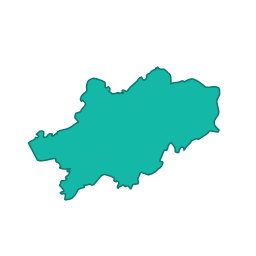 outline of Central Finland, rotated 71°
{"feature_id": "FIN-3177", "entity_name": "Central Finland", "entity_type": "Province", "adm_level": 1, "iso_a3": "FIN", "parent_name": "Finland", "parent_adm1": "", "projection": "mercator", "projection_center": [25.479, 62.526], "detail": "fine", "context": "isolated", "style": "filled", "palette": "teal", "viewbox_px": 256, "rotation_deg": 71, "n_neighbors": 0, "source": "natural_earth", "source_scale": "10m", "svg_char_len": 4796}
<svg xmlns="http://www.w3.org/2000/svg" viewBox="0 0 256 256"><g transform="rotate(71 128 128)"><path d="M159.6,42.7L160.1,43.0L161.0,44.0L160.7,45.3L158.0,50.0L157.5,51.1L157.8,52.7L158.4,53.6L159.5,56.0L160.8,61.7L161.6,64.4L161.6,65.5L160.6,65.9L160.4,66.7L160.4,68.7L160.6,71.6L162.4,74.1L163.7,77.0L165.3,79.8L166.5,81.0L167.1,82.2L165.2,81.9L164.1,82.3L163.7,82.8L163.8,84.4L164.3,85.2L165.3,86.6L166.6,87.4L167.3,87.5L167.6,88.7L167.0,89.9L166.1,90.9L165.7,91.0L164.0,90.4L161.6,90.1L156.5,91.6L156.0,93.2L156.7,94.4L158.1,95.9L160.9,97.7L161.7,98.8L161.6,99.0L160.6,100.4L161.2,101.5L169.1,108.4L169.7,108.7L170.5,107.7L171.4,106.3L172.5,106.4L173.8,107.5L175.3,109.2L175.9,110.3L176.2,111.6L176.6,113.4L177.6,114.7L178.6,117.7L179.1,120.6L178.9,122.0L178.5,122.9L178.8,123.0L179.1,123.5L178.5,124.6L174.2,129.9L174.5,131.1L178.8,134.9L180.0,135.5L182.9,135.8L184.0,136.7L183.7,138.5L183.4,139.7L183.2,140.3L183.0,140.9L183.2,142.0L186.3,144.8L186.2,145.6L184.2,146.1L182.9,146.8L182.4,147.5L182.1,148.6L182.5,148.8L182.5,149.5L182.2,149.9L181.6,150.5L180.4,150.9L180.2,151.9L180.4,152.4L180.7,153.5L180.8,154.7L180.8,155.5L181.2,156.4L181.7,156.9L181.3,157.3L180.2,157.2L179.1,156.4L177.9,155.1L177.5,154.7L176.4,154.5L175.9,154.6L175.0,155.0L174.3,156.0L174.5,156.1L174.9,156.3L174.8,156.8L174.5,157.2L174.0,157.9L173.4,158.4L173.0,158.5L171.8,157.5L170.8,157.5L168.0,159.9L164.2,165.4L164.3,168.7L170.4,178.7L170.2,181.0L169.1,181.7L168.5,183.3L168.5,185.5L168.0,188.3L168.2,188.2L169.5,188.3L169.9,189.1L169.9,189.9L169.6,193.3L169.8,194.7L170.2,195.4L173.9,199.6L174.5,200.6L175.9,203.4L176.3,204.7L176.3,206.0L175.7,210.3L174.9,211.0L170.5,208.7L169.6,209.1L169.1,210.5L169.0,211.2L169.0,211.6L168.8,212.2L167.8,212.9L167.3,213.1L167.0,212.3L166.8,211.6L166.9,210.9L167.0,210.3L166.7,209.3L166.1,209.1L164.5,209.3L160.8,211.0L160.4,211.4L160.0,211.4L158.8,209.9L157.1,209.2L156.6,208.7L156.2,207.9L156.2,207.7L156.4,207.5L156.6,206.9L156.8,206.0L157.2,204.8L157.2,204.4L157.1,204.0L156.8,203.6L156.6,203.1L156.0,202.4L155.1,203.2L154.2,203.0L153.8,202.4L153.2,200.5L152.9,199.6L152.3,198.9L150.6,197.3L150.2,197.8L150.0,198.5L149.6,199.4L148.9,199.6L148.5,199.4L148.3,198.6L148.5,198.0L148.6,197.0L148.3,196.3L147.9,196.0L147.5,197.1L147.2,198.2L146.0,201.7L144.4,204.7L143.7,205.5L143.1,205.4L143.5,204.6L142.7,204.4L140.6,204.3L139.5,204.5L138.2,205.2L136.7,206.7L136.0,207.0L133.8,206.5L133.2,206.8L132.6,209.0L131.6,217.0L130.9,220.3L130.1,222.4L129.4,223.6L128.4,224.1L109.9,227.0L109.5,226.6L108.8,223.9L108.6,221.2L107.9,219.2L107.0,218.7L106.9,218.2L107.6,217.2L107.3,215.5L106.0,215.3L105.0,216.2L104.0,216.6L103.7,215.6L102.9,214.0L102.4,212.4L102.7,210.4L104.1,209.0L105.8,209.4L108.6,210.8L109.5,210.4L109.5,209.8L109.5,209.5L109.7,209.2L109.9,208.7L109.8,207.8L108.8,206.4L108.2,205.2L108.0,204.0L108.4,202.4L109.0,201.7L109.6,201.9L109.9,202.3L110.6,202.6L111.1,202.0L111.0,200.6L110.0,198.4L109.8,197.6L110.1,197.4L110.5,197.0L109.6,196.6L108.6,195.7L108.3,193.2L108.7,189.6L109.0,185.3L108.6,182.2L106.9,175.9L106.5,174.3L105.7,172.8L101.7,174.7L100.4,174.7L97.9,173.3L97.2,172.5L97.1,171.8L97.1,170.4L97.2,168.8L97.2,167.9L96.5,166.8L95.7,166.3L94.7,164.8L93.8,163.0L92.8,161.4L91.3,160.3L90.0,160.3L87.9,161.4L87.1,162.0L87.6,163.3L86.5,163.8L84.8,163.4L84.3,162.7L82.9,161.9L81.2,159.0L80.7,157.0L79.2,154.7L75.8,153.9L73.9,153.0L72.1,151.8L71.1,150.9L70.3,149.7L69.8,147.7L69.7,144.7L70.9,142.2L74.4,137.6L76.0,136.0L77.2,135.1L78.2,134.9L81.7,136.2L82.7,136.0L83.0,135.0L82.8,134.0L82.7,133.0L84.6,132.2L85.2,132.5L85.6,132.6L86.2,132.8L86.6,133.5L86.7,134.0L87.3,134.2L88.1,133.3L89.1,132.6L89.6,132.4L90.1,132.3L90.6,131.8L90.5,131.3L90.5,130.9L91.0,130.3L91.2,129.0L91.2,128.1L91.3,127.8L91.3,127.5L91.2,127.1L91.2,126.6L91.3,126.6L91.7,126.7L91.8,126.7L91.9,126.4L91.7,126.3L91.6,126.0L91.6,125.3L91.6,125.2L91.8,125.0L92.7,124.7L92.8,124.4L92.7,124.0L92.6,123.0L92.5,122.7L92.4,122.4L92.4,122.1L93.4,122.2L93.5,121.9L93.5,121.4L93.2,121.1L92.0,121.3L90.7,121.3L90.5,120.4L90.9,119.7L93.1,117.4L92.5,116.0L91.6,114.9L90.2,112.6L86.9,104.8L84.3,100.4L84.3,98.7L84.9,98.5L87.5,98.1L88.0,96.7L87.6,95.5L86.6,94.1L85.2,93.5L84.3,93.5L83.5,91.9L83.6,90.3L83.2,89.0L82.6,88.5L82.1,87.6L81.7,86.3L81.6,85.3L81.5,84.1L81.6,83.3L81.4,82.5L81.2,82.6L81.0,82.8L80.6,82.5L80.1,80.1L81.6,79.7L82.7,78.6L83.5,76.8L84.2,74.6L91.2,70.9L93.7,71.0L100.1,72.9L100.2,72.4L100.1,70.5L100.4,68.8L101.0,66.2L101.3,64.0L101.1,62.8L101.1,61.1L101.4,60.7L102.5,60.0L102.8,59.9L102.1,56.5L102.1,52.6L103.3,49.9L106.9,46.4L112.5,42.6L114.7,41.3L115.8,38.5L116.5,35.0L117.7,31.4L119.4,29.4L121.1,29.0L124.5,29.8L126.5,30.8L130.2,34.6L132.2,35.6L142.6,36.9L144.7,38.3L148.1,42.7L150.0,44.4L152.5,45.2L155.0,44.8L159.6,42.7Z" fill="#14b8a6" stroke="#0f766e" stroke-width="1.5"/></g></svg>